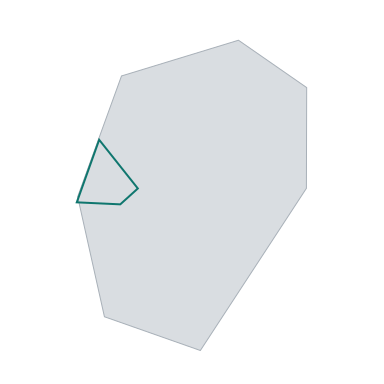 Denigomodu highlighted on a map of Nauru, rotated 7°
{"feature_id": "NRU-4973", "entity_name": "Denigomodu", "entity_type": "state/province", "adm_level": 1, "iso_a3": "NRU", "parent_name": "Nauru", "parent_adm1": "", "projection": "natural_earth1", "projection_center": [166.912, -0.518], "detail": "fine", "context": "in_parent", "style": "outline", "palette": "teal", "viewbox_px": 384, "rotation_deg": 7, "n_neighbors": 0, "source": "natural_earth", "source_scale": "10m", "svg_char_len": 375}
<svg xmlns="http://www.w3.org/2000/svg" viewBox="0 0 384 384"><g transform="rotate(7 192 192)"><path d="M305.1,174.4L219.6,348.3L120.3,326.5L79.1,210.6L107.9,85.4L219.6,35.7L293.1,74.4L305.1,174.4Z" fill="#d9dde1" stroke="#a8b0b8" stroke-width="1"/><path d="M78.9,216.3L93.5,151.5L137.8,195.1L122.3,213.0L78.9,216.3Z" fill="none" stroke="#0f766e" stroke-width="2"/></g></svg>